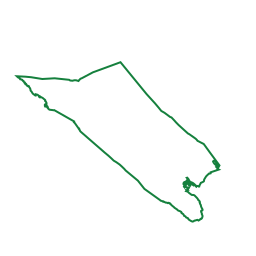 Stjørdal nor, Nord-Trøndelag, Norway (Natural Earth projection), rotated 224°
{"feature_id": "86288312B10441547296233", "entity_name": "Stjørdal nor", "entity_type": "district", "adm_level": 2, "iso_a3": "NOR", "parent_name": "Norway", "parent_adm1": "Nord-Trøndelag", "projection": "natural_earth1", "projection_center": [11.003, 63.463], "detail": "fine", "context": "isolated", "style": "outline", "palette": "green", "viewbox_px": 256, "rotation_deg": 224, "n_neighbors": 0, "source": "geoboundaries", "source_scale": "gbopen_adm2", "svg_char_len": 5428}
<svg xmlns="http://www.w3.org/2000/svg" viewBox="0 0 256 256"><g transform="rotate(224 128 128)"><path d="M243.9,88.0L242.4,88.0L241.7,88.2L241.5,88.3L240.3,88.5L240.1,88.5L239.8,88.3L239.5,88.2L239.3,88.4L239.1,88.6L238.3,88.7L238.0,89.0L237.5,89.2L236.5,88.9L235.9,89.2L235.6,89.2L235.4,88.9L235.2,88.9L234.3,88.9L233.7,89.1L233.3,88.8L232.5,88.3L232.1,88.2L231.8,88.3L231.6,88.5L231.8,88.6L232.4,88.6L232.1,88.9L231.8,88.9L230.8,88.6L229.7,88.3L229.1,88.5L229.1,88.9L229.0,89.0L228.5,89.2L228.2,89.2L227.6,88.8L226.3,88.6L225.3,88.2L224.1,87.3L223.7,87.2L222.8,87.2L220.9,86.7L220.3,86.6L217.2,87.0L216.9,87.3L217.0,87.5L217.8,87.8L217.9,88.1L216.5,88.9L216.0,89.1L214.9,89.2L213.7,88.7L213.0,88.7L212.7,88.8L212.8,89.1L213.1,89.2L213.8,89.0L214.0,89.0L214.0,89.4L213.7,89.6L212.4,89.6L211.9,89.9L209.9,90.4L209.0,90.4L207.4,90.6L206.8,90.5L206.6,90.0L206.5,89.9L205.5,89.9L205.1,89.8L204.2,89.5L203.6,89.0L203.3,88.7L204.0,87.7L204.0,87.0L203.2,86.2L202.9,86.0L202.4,85.9L202.2,86.2L202.6,86.6L202.3,87.2L202.2,87.3L201.9,87.4L201.5,87.6L201.1,87.6L200.8,87.5L200.9,87.4L201.3,87.1L201.2,86.9L200.9,86.8L200.1,86.7L199.7,86.6L199.2,86.6L198.7,86.5L197.3,86.6L196.7,87.0L194.7,88.5L193.8,89.1L193.5,89.6L171.3,95.3L171.0,94.6L169.6,94.6L164.4,93.6L164.1,93.5L163.4,93.7L162.4,93.5L162.2,93.4L162.3,93.1L160.8,92.8L160.2,92.5L158.9,92.5L128.1,94.1L122.5,94.5L118.7,94.6L115.6,94.6L112.6,95.3L108.7,95.9L106.0,96.0L102.3,96.0L100.2,95.8L84.3,97.0L73.9,95.6L54.9,98.4L54.0,98.4L53.9,98.5L52.8,99.1L52.0,99.2L51.8,99.3L52.0,99.4L51.8,99.7L49.1,100.5L48.3,101.2L47.3,101.5L47.2,101.6L47.3,101.7L47.1,102.1L46.8,102.4L46.2,102.7L45.2,103.0L44.9,102.9L44.8,102.7L43.9,102.9L43.3,102.7L42.5,102.8L42.0,102.8L39.9,103.0L39.2,102.9L36.1,103.5L35.8,103.5L35.6,103.4L34.5,103.5L33.0,104.2L31.5,104.6L30.7,104.4L30.6,104.1L30.4,104.0L28.4,104.4L27.3,104.1L26.8,104.0L26.5,103.8L26.0,104.1L25.3,104.3L25.1,104.3L24.5,104.1L23.8,104.1L23.3,104.3L22.6,104.7L22.0,104.7L21.3,104.4L20.6,104.5L20.0,104.4L19.1,104.7L18.4,104.8L16.9,105.3L16.5,105.6L16.0,106.5L16.0,107.0L15.9,107.4L15.7,107.8L15.1,108.5L14.9,109.2L14.5,109.7L14.3,110.1L14.0,110.3L13.4,110.3L13.0,110.4L12.6,111.8L12.7,112.7L12.7,113.1L12.3,113.4L12.1,113.6L12.2,114.0L12.2,114.6L12.3,114.8L12.7,115.7L13.0,116.2L13.7,116.8L14.9,117.2L15.3,117.7L17.2,118.5L17.7,119.0L17.8,119.4L17.7,119.8L17.5,120.0L17.3,120.2L17.3,120.5L17.6,120.8L17.6,121.0L18.3,121.4L19.5,121.7L20.7,122.2L21.6,122.7L21.9,123.1L23.7,123.6L24.0,123.9L24.8,124.2L24.9,124.4L24.9,124.7L25.6,125.0L26.5,125.2L26.9,125.0L27.2,125.0L27.8,125.1L28.4,125.4L29.7,125.6L33.1,125.7L33.7,125.6L34.2,125.4L34.9,124.9L35.3,124.4L35.8,124.1L39.0,123.7L40.9,123.7L42.2,123.0L42.2,123.4L42.4,123.5L42.0,123.6L41.6,124.1L42.2,124.3L42.6,124.7L42.6,124.9L42.2,125.0L41.9,125.3L42.2,125.4L42.7,125.9L43.1,125.9L43.7,125.9L43.9,126.1L43.3,126.3L42.9,126.6L42.6,127.2L42.7,127.5L42.8,127.4L42.7,127.3L42.8,127.1L43.3,127.0L43.6,126.7L45.2,125.7L45.7,125.7L45.9,125.7L45.4,125.6L45.7,125.2L46.2,125.3L46.2,125.6L46.2,125.3L46.0,125.1L46.0,124.9L46.8,124.6L47.1,124.7L47.2,125.3L48.3,126.3L48.5,126.3L49.3,126.3L49.5,126.6L49.5,126.9L49.8,127.1L49.9,127.6L49.9,128.1L49.7,128.6L49.3,129.0L49.1,129.4L47.9,129.3L47.7,129.2L48.0,128.8L48.0,128.6L48.3,128.1L48.3,127.1L48.1,126.8L48.2,127.0L47.9,126.9L47.6,126.9L47.4,126.9L47.4,127.0L47.4,126.8L46.9,126.3L47.0,126.2L46.8,126.2L46.6,126.0L46.7,126.4L47.0,126.7L47.1,127.0L46.9,127.2L46.8,126.9L46.6,127.0L47.0,127.6L47.1,128.1L47.2,128.7L47.1,129.2L46.7,129.4L44.7,129.2L44.7,129.5L43.9,129.5L43.2,129.6L43.2,129.8L43.8,129.9L43.9,130.1L44.2,130.3L46.2,130.4L46.2,130.7L45.7,131.8L43.9,131.8L43.2,131.9L43.2,131.7L43.1,131.9L40.1,132.4L44.0,131.8L45.7,131.9L47.4,132.1L47.3,131.5L47.5,131.0L47.8,130.7L47.6,130.6L47.9,130.6L48.0,130.4L49.0,130.4L49.2,130.5L49.2,131.0L49.0,131.4L48.8,131.5L48.8,131.4L48.5,131.6L48.6,132.0L48.1,132.3L48.4,132.3L48.9,131.9L49.1,131.8L49.3,131.8L49.9,132.2L49.5,132.1L49.8,132.3L49.1,131.9L48.9,132.0L48.7,132.1L49.0,132.4L49.0,132.7L49.9,132.9L51.1,133.0L50.9,133.4L49.3,133.3L47.1,132.6L45.3,132.4L44.3,132.5L44.7,132.5L44.8,132.6L44.8,132.9L44.6,133.1L44.3,133.1L43.2,133.5L41.4,133.7L39.0,133.7L38.7,133.4L39.3,133.2L38.9,133.1L38.3,133.2L38.4,133.4L38.6,133.4L38.9,133.8L38.1,134.0L37.6,134.7L36.3,135.1L36.1,135.4L36.7,136.2L36.8,137.0L37.5,139.1L36.7,141.1L36.4,142.3L36.5,142.4L36.9,143.2L37.4,143.8L38.2,147.4L38.2,148.7L38.1,151.4L37.8,151.6L37.1,152.8L37.8,153.5L33.8,161.2L35.3,160.8L35.5,161.4L37.6,161.3L37.6,161.7L36.2,161.9L35.5,161.9L36.2,164.6L52.2,167.3L62.4,169.1L69.0,167.1L69.6,167.1L70.3,167.3L71.0,167.3L71.6,167.3L72.6,167.2L79.7,166.1L81.1,165.7L93.6,165.3L97.3,165.4L99.9,165.6L104.1,165.8L105.3,165.2L112.3,164.3L115.9,163.4L119.9,163.9L125.7,164.5L138.2,165.3L179.1,170.1L191.9,143.7L195.8,131.7L196.4,130.4L196.4,129.5L196.4,128.3L196.3,128.0L196.8,127.3L196.7,127.2L198.6,126.2L199.8,125.0L200.8,123.4L202.6,122.0L203.8,121.8L215.3,112.8L223.7,103.7L233.0,97.2L237.5,93.6L243.9,88.0ZM40.9,162.3L42.6,162.6L43.6,163.1L43.4,164.2L43.1,164.5L42.7,164.6L42.4,164.9L41.9,165.0L41.7,164.9L41.4,164.6L40.0,164.2L39.7,163.7L38.8,163.4L38.7,163.3L38.7,163.1L39.1,163.0L39.3,162.7L39.3,162.4L39.7,162.4L39.9,162.3L40.9,162.3ZM39.5,164.7L37.3,164.7L36.4,163.9L36.3,163.0L37.2,162.7L37.8,162.8L38.5,163.1L38.7,163.4L39.1,163.6L39.3,163.9L39.8,164.0L40.0,164.3L39.5,164.7Z" fill="none" stroke="#15803d" stroke-width="2"/></g></svg>